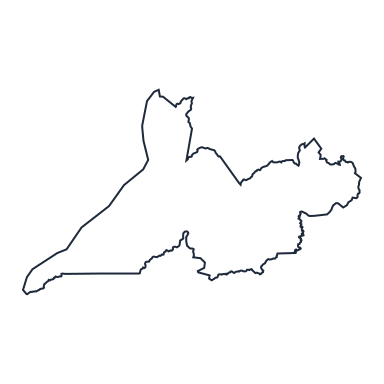 Rio Branco, Acre, Brazil (Natural Earth projection)
{"feature_id": "56859067B21668185569596", "entity_name": "Rio Branco", "entity_type": "district", "adm_level": 2, "iso_a3": "BRA", "parent_name": "Brazil", "parent_adm1": "Acre", "projection": "natural_earth1", "projection_center": [-68.243, -9.995], "detail": "fine", "context": "isolated", "style": "outline", "palette": "slate", "viewbox_px": 384, "rotation_deg": 0, "n_neighbors": 0, "source": "geoboundaries", "source_scale": "gbopen_adm2", "svg_char_len": 6070}
<svg xmlns="http://www.w3.org/2000/svg" viewBox="0 0 384 384"><path d="M64.9,273.9L103.3,273.5L139.1,273.5L139.8,273.3L140.5,270.3L140.9,269.4L142.7,268.5L143.1,267.5L144.2,268.1L144.8,267.8L145.3,267.2L145.5,266.6L145.5,265.0L145.0,263.9L145.5,262.4L146.2,261.8L149.1,261.6L150.0,259.7L151.6,258.7L152.5,257.2L153.2,256.7L153.9,256.7L157.2,257.1L159.4,255.6L160.1,255.9L160.8,255.6L161.6,254.6L162.1,254.5L162.9,254.8L163.5,254.6L164.0,252.4L165.5,251.6L165.8,250.6L166.5,250.1L167.8,250.8L168.5,251.4L169.5,251.1L170.4,250.4L171.7,250.7L172.9,249.6L173.0,249.0L172.8,248.2L173.0,247.4L173.5,246.9L175.2,246.7L176.9,247.3L178.7,246.2L179.3,245.6L179.7,244.4L180.0,241.2L180.3,240.4L181.0,240.1L181.7,239.4L182.4,239.3L183.3,238.4L183.1,236.2L183.3,233.6L183.7,232.8L184.9,231.6L186.7,231.4L187.2,231.5L187.9,232.2L188.3,233.1L187.9,233.6L187.8,234.5L186.1,237.3L186.3,237.9L186.2,240.1L186.4,242.6L186.8,243.6L186.8,244.7L187.2,245.9L187.8,246.3L189.0,247.6L190.3,248.5L192.4,248.5L193.7,249.2L193.1,251.5L193.8,253.8L193.8,256.0L193.3,257.3L200.5,258.2L204.9,262.5L204.2,267.9L197.8,271.1L198.3,272.4L209.6,275.4L209.1,278.6L211.7,280.3L213.7,279.0L214.2,278.9L214.9,278.1L215.5,277.7L216.9,277.6L217.5,277.2L218.1,275.2L218.8,274.4L221.4,274.3L221.9,274.6L222.6,274.2L224.3,273.9L225.0,274.2L226.0,273.7L226.5,274.5L227.3,274.2L228.6,272.7L230.3,272.3L230.6,271.5L231.7,271.4L234.1,273.0L235.7,271.9L238.4,271.3L238.9,271.6L239.3,271.2L240.9,270.6L241.9,270.6L242.9,271.1L244.1,271.4L245.7,271.3L246.5,270.7L247.0,269.8L247.7,269.7L249.5,270.1L250.3,269.3L251.5,269.2L252.0,269.5L252.1,270.1L255.4,273.1L256.8,272.7L257.7,272.9L258.2,273.3L258.9,273.3L259.6,273.7L259.9,274.3L260.8,274.1L262.4,272.3L263.0,272.2L263.3,270.6L261.9,269.5L261.6,268.9L261.0,267.4L261.3,266.3L261.8,266.0L262.8,264.6L265.1,263.2L265.2,262.5L266.0,261.6L266.3,260.7L268.2,259.1L269.3,259.5L271.4,259.3L273.7,258.4L274.4,258.7L275.1,258.5L276.1,257.3L276.8,257.0L276.5,256.2L277.0,255.6L277.2,254.1L277.5,253.5L295.6,253.0L296.0,251.7L294.6,251.9L295.4,249.7L296.2,249.5L297.4,250.4L300.4,249.0L300.7,248.4L300.2,247.7L299.3,247.7L298.4,247.0L298.1,246.4L298.0,245.4L298.2,244.2L299.5,244.0L300.1,242.6L301.1,241.8L300.7,240.2L301.4,240.1L301.0,238.6L300.4,237.9L299.6,237.8L299.0,237.4L299.2,236.6L303.5,235.3L303.3,234.5L302.1,234.8L301.7,233.8L303.0,232.7L303.5,231.4L303.1,230.7L302.3,231.1L301.8,230.2L301.8,228.3L302.3,227.7L302.5,227.1L301.8,226.6L301.2,227.1L300.6,226.9L300.5,226.3L300.7,225.5L301.3,224.8L301.4,224.1L300.7,223.8L300.1,223.1L301.4,221.7L301.2,220.6L300.0,219.8L299.7,219.1L298.6,218.6L299.5,217.4L299.6,216.8L299.0,217.0L298.6,216.4L299.0,215.7L299.7,215.6L300.1,215.2L300.2,214.3L300.7,213.8L300.0,212.2L300.5,211.8L301.1,211.5L301.8,211.5L303.9,212.4L304.6,213.0L305.7,213.2L308.6,215.7L310.1,216.0L314.8,215.8L327.1,214.4L329.9,211.8L330.7,210.5L331.4,209.9L332.0,207.8L333.2,205.4L336.1,203.1L338.1,203.3L343.2,207.5L346.9,205.2L348.4,202.3L351.6,200.2L352.6,197.6L356.2,198.2L357.1,197.6L357.6,196.9L357.5,195.0L358.0,193.7L359.2,193.3L359.6,192.4L359.4,191.3L359.6,190.2L358.6,188.8L358.4,187.9L358.4,186.3L359.0,184.8L359.1,182.1L361.0,177.9L354.9,173.2L355.6,171.8L355.4,169.1L355.2,168.4L353.9,166.3L352.9,163.5L352.5,162.9L351.6,162.2L350.5,161.8L348.3,161.9L347.8,162.5L347.1,162.1L345.7,161.9L345.0,160.5L343.9,160.3L343.3,159.5L343.1,158.9L343.4,157.2L343.7,156.6L343.4,156.1L342.8,156.3L341.5,156.1L341.1,156.6L340.8,157.3L341.3,158.7L341.4,159.7L341.2,160.4L340.5,161.4L339.9,161.7L338.4,161.7L338.6,162.5L339.7,164.0L339.8,164.8L338.4,164.4L337.6,163.6L335.3,162.9L333.6,164.3L332.3,164.3L331.6,164.6L330.2,164.4L328.4,162.9L327.4,162.6L326.8,162.1L326.2,160.7L326.6,160.0L324.6,158.3L323.6,158.8L320.0,158.9L320.6,155.9L320.6,154.8L318.6,152.4L321.3,148.7L314.0,138.6L305.0,147.5L304.7,146.9L304.5,145.1L304.6,143.3L303.2,144.1L301.8,144.3L299.8,146.0L299.1,147.7L299.8,150.5L298.2,153.0L297.8,155.4L297.8,158.1L298.6,159.8L299.3,162.3L298.8,165.1L298.5,165.7L296.7,164.4L295.9,163.6L295.0,163.6L294.3,163.0L293.8,162.6L293.1,160.7L292.4,160.0L286.1,160.2L285.4,160.4L285.0,160.9L282.2,161.2L281.2,162.4L280.1,161.6L279.4,161.6L276.9,162.4L273.3,162.3L272.1,161.0L269.6,162.6L269.2,163.7L268.1,164.5L267.5,165.5L266.5,166.0L262.8,167.1L261.3,168.1L260.8,168.8L260.5,169.7L259.8,170.2L258.4,169.6L256.9,170.3L256.5,171.1L255.7,171.1L253.5,173.6L252.9,173.9L252.5,174.6L252.1,176.4L251.3,176.9L249.9,178.5L248.6,178.8L246.5,180.0L245.6,180.2L244.1,179.4L243.2,179.7L242.9,180.6L241.7,181.6L240.9,183.2L240.6,184.7L238.9,182.8L220.3,156.8L219.7,156.3L219.1,156.5L218.6,156.5L217.8,155.8L217.1,154.5L215.9,153.2L214.9,150.9L214.1,150.2L209.8,149.1L208.7,148.4L207.4,147.9L205.4,148.5L202.0,147.2L200.4,147.6L197.9,148.9L197.5,149.4L197.2,149.9L197.6,150.7L197.5,151.4L197.1,152.1L193.4,153.6L192.4,154.6L191.8,155.4L191.8,156.2L191.5,156.7L188.8,157.1L188.2,157.7L187.7,159.4L186.4,160.5L192.0,128.6L190.6,126.6L189.7,122.9L188.5,122.1L188.4,121.4L188.9,119.9L188.8,118.3L188.5,117.6L187.8,117.3L187.5,116.7L186.9,116.4L186.2,115.3L186.2,114.5L186.6,113.7L188.4,111.5L190.9,109.7L191.2,108.5L190.8,107.6L190.9,105.7L191.9,103.2L191.5,101.8L191.5,101.0L193.0,97.8L191.6,98.0L190.4,97.0L189.1,97.5L188.8,98.3L187.5,98.3L186.2,99.2L185.5,98.6L184.1,98.2L183.4,98.6L181.0,101.3L180.6,102.2L180.4,103.2L178.7,104.1L177.9,103.7L177.0,103.8L176.5,104.3L176.0,105.6L176.1,106.3L175.7,106.9L163.0,96.7L159.9,96.5L158.7,89.8L154.1,91.8L147.0,101.1L142.3,125.0L142.2,125.8L142.3,128.2L143.5,140.9L148.2,159.9L143.2,169.4L124.0,185.1L109.0,206.1L81.5,227.5L66.6,249.3L57.2,253.1L32.5,269.2L26.9,277.2L23.0,289.9L26.5,294.0L27.2,294.2L30.2,292.0L31.2,291.8L31.9,292.0L33.2,291.5L34.8,291.5L35.6,291.2L36.3,291.4L38.5,290.1L39.3,289.9L40.1,289.0L40.8,289.0L41.3,288.6L42.7,288.6L43.7,288.1L44.0,287.3L43.7,286.7L44.2,284.2L45.1,283.7L46.5,282.2L48.2,281.1L48.7,279.9L50.0,280.4L50.5,279.8L53.2,279.2L53.9,277.9L54.4,278.1L55.5,276.5L57.7,277.1L59.6,276.4L61.0,276.5L61.5,276.0L61.5,273.8L63.1,273.6L64.9,273.9Z" fill="none" stroke="#1e293b" stroke-width="2"/></svg>